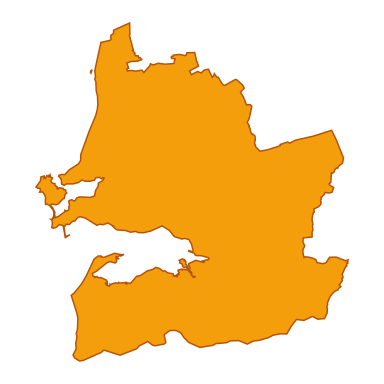 Tralee Lea-7, Kerry, Ireland (Albers equal-area conic projection)
{"feature_id": "5873133B69138340953371", "entity_name": "Tralee Lea-7", "entity_type": "district", "adm_level": 2, "iso_a3": "IRL", "parent_name": "Ireland", "parent_adm1": "Kerry", "projection": "albers", "projection_center": [-9.78, 52.294], "detail": "fine", "context": "isolated", "style": "filled", "palette": "amber", "viewbox_px": 384, "rotation_deg": 0, "n_neighbors": 0, "source": "geoboundaries", "source_scale": "gbopen_adm2", "svg_char_len": 5872}
<svg xmlns="http://www.w3.org/2000/svg" viewBox="0 0 384 384"><path d="M100.9,42.4L94.8,70.5L95.5,77.3L94.7,78.9L95.9,82.1L96.2,90.8L97.5,96.0L97.8,105.0L97.3,109.4L95.7,115.5L88.7,132.5L80.7,154.8L80.7,160.4L78.4,163.9L69.4,169.7L64.9,174.6L61.7,174.4L58.9,175.4L58.6,176.4L60.3,177.9L61.4,180.1L61.6,184.1L64.3,185.4L66.3,183.9L73.1,183.9L78.4,182.5L82.0,180.0L85.4,181.3L89.2,181.3L94.3,180.3L96.0,177.7L99.2,177.3L101.4,178.8L103.1,177.6L104.7,177.9L103.5,178.2L103.7,178.9L102.5,180.7L98.3,183.1L98.2,186.3L95.6,190.4L94.5,195.9L90.5,197.4L79.5,196.9L76.6,198.1L75.4,200.4L74.2,201.1L71.9,199.8L69.6,200.3L68.7,201.2L69.5,205.1L68.9,206.4L68.9,209.2L68.1,210.3L66.6,211.1L64.9,210.3L64.9,211.7L58.3,216.5L53.9,218.0L55.0,216.1L54.6,214.2L54.9,212.4L52.5,207.4L49.9,205.2L52.3,204.1L55.9,204.8L58.3,203.9L62.7,199.1L64.2,198.5L65.2,194.3L66.7,193.0L65.8,191.8L65.6,189.9L63.7,189.7L63.0,188.3L59.0,187.8L58.5,188.8L57.1,188.8L57.3,186.9L55.0,185.3L54.9,183.6L52.4,183.2L50.7,181.0L52.6,178.0L50.5,176.9L50.1,174.9L49.5,176.2L48.5,175.5L48.5,176.6L46.7,175.7L45.4,178.4L44.6,178.4L44.4,177.3L44.1,177.8L44.0,176.0L40.9,177.0L40.5,180.8L36.0,187.0L37.5,188.2L39.8,188.3L40.6,189.9L39.5,192.1L42.8,192.0L44.8,195.1L45.6,197.6L45.3,202.6L46.0,203.8L45.1,204.9L46.5,204.0L49.5,205.4L53.3,210.2L53.9,213.0L53.7,216.2L52.1,219.2L50.9,219.3L52.0,220.1L52.4,223.1L51.8,227.6L53.1,228.3L55.9,227.5L59.5,224.5L63.2,225.7L65.3,237.6L70.0,234.7L66.6,236.4L65.2,235.2L64.0,226.5L65.3,225.9L65.9,224.2L69.3,224.5L72.5,221.3L75.1,220.9L76.8,218.3L79.9,216.6L85.3,218.1L96.9,225.3L99.5,224.2L103.1,224.7L107.9,223.0L112.5,225.6L112.0,225.6L115.7,229.1L117.7,230.0L125.5,230.5L130.6,232.2L135.8,231.4L138.2,232.6L143.6,232.7L150.8,231.0L162.1,225.9L169.3,230.4L174.2,236.5L181.7,239.0L184.9,238.5L188.9,239.5L191.5,244.2L193.1,250.5L192.6,251.8L188.9,250.5L188.7,251.3L194.5,253.3L194.9,254.7L196.4,255.6L201.3,255.7L208.7,257.8L208.8,259.4L202.6,260.9L204.2,262.0L203.4,262.5L195.8,260.3L188.7,263.6L188.9,265.8L190.1,267.8L189.3,270.4L191.7,272.5L191.5,274.7L193.1,276.4L195.0,276.5L194.7,277.1L193.4,277.4L191.3,274.9L190.8,272.9L188.8,271.6L187.9,267.5L187.0,268.3L187.0,269.9L182.8,269.1L182.4,270.0L181.3,269.2L178.0,270.2L178.0,271.1L179.2,272.6L176.2,275.4L178.1,275.0L176.7,276.3L177.6,275.8L177.2,276.7L177.7,277.0L176.1,276.5L175.7,275.6L175.0,276.2L173.8,276.0L174.5,275.6L173.8,275.6L173.0,273.7L167.8,272.9L164.7,270.7L163.1,271.3L159.7,268.5L155.8,267.4L152.3,269.6L147.4,270.8L140.3,275.6L136.6,276.3L130.5,283.4L127.0,282.9L126.8,284.1L125.5,283.6L126.0,282.4L119.8,283.1L118.6,282.4L117.6,283.3L115.8,282.8L111.3,284.1L110.2,285.1L109.9,284.5L109.5,286.0L108.7,286.2L107.2,284.9L105.9,285.5L107.2,284.0L106.6,283.9L104.8,282.9L107.3,283.6L107.3,281.5L106.0,279.9L101.3,277.7L97.8,277.5L97.1,276.6L94.7,277.3L95.0,276.6L92.8,275.9L92.5,273.4L96.7,271.1L106.9,262.8L109.9,261.6L115.2,263.0L116.7,261.6L116.2,258.5L119.3,259.0L116.2,257.6L115.9,256.5L118.2,256.6L119.9,255.4L120.9,256.1L124.0,254.4L121.3,254.7L114.6,253.3L103.8,257.4L100.6,256.9L101.7,256.5L101.2,256.0L98.2,256.0L94.1,259.1L86.1,276.2L81.3,284.3L74.0,293.2L71.2,295.3L76.7,312.6L77.9,317.9L77.4,329.6L76.2,333.4L76.9,337.2L75.8,342.9L76.1,348.9L73.0,355.1L74.8,358.1L79.5,361.0L83.0,360.5L101.1,352.5L104.0,350.1L120.1,355.2L136.6,348.8L139.1,345.9L147.8,341.5L152.2,344.9L154.9,345.8L164.2,344.0L165.8,342.7L164.2,334.7L169.7,330.6L175.6,330.4L178.5,331.6L181.2,333.4L183.8,337.4L188.7,342.4L199.9,347.4L213.0,345.3L215.9,343.6L226.3,342.7L230.7,340.8L238.8,340.6L247.3,344.1L253.5,341.0L259.0,340.4L268.5,337.6L272.9,335.3L280.0,333.8L286.7,334.0L291.7,325.6L296.5,319.5L304.0,320.4L312.4,316.4L317.7,319.2L324.5,318.6L327.1,313.1L327.4,308.2L326.7,306.9L327.6,304.8L327.5,302.8L330.2,296.3L334.2,291.7L338.1,289.7L338.7,288.3L340.9,286.7L339.0,284.5L340.0,284.1L342.4,280.5L341.8,278.6L343.1,277.6L342.2,274.2L346.0,266.0L346.7,266.1L346.8,263.2L347.7,263.3L348.0,259.8L345.7,260.8L336.1,257.1L329.6,257.3L326.0,262.7L322.9,263.7L317.1,262.6L316.1,260.0L313.7,258.5L308.4,257.1L305.2,256.8L304.0,257.6L302.9,252.4L303.0,249.5L304.7,245.9L302.9,241.8L303.3,237.9L312.1,237.0L312.1,232.0L312.8,230.4L312.5,225.1L312.9,224.4L312.0,219.5L312.6,215.2L313.6,212.3L314.2,212.2L313.8,209.1L318.4,206.8L320.6,204.7L321.2,202.3L320.5,200.6L321.3,198.9L321.1,197.6L324.3,194.4L325.2,192.5L329.0,193.0L332.0,192.3L333.7,187.5L329.8,185.2L329.0,183.9L330.8,182.4L331.4,172.8L332.3,173.4L334.3,171.7L334.5,170.2L336.5,167.9L337.6,168.3L338.6,166.1L342.5,163.2L343.5,158.1L336.4,140.1L331.6,130.3L313.5,136.1L295.0,140.3L289.8,143.2L287.7,142.0L280.1,144.5L280.3,145.6L277.9,146.5L267.5,149.8L259.9,151.2L255.9,147.0L254.5,142.9L255.3,140.0L255.0,136.0L252.8,134.0L251.7,134.1L250.0,129.9L250.2,128.6L249.0,126.8L249.4,125.9L247.2,122.4L249.2,118.5L251.8,106.4L250.2,104.6L246.5,104.9L243.4,97.0L240.5,92.2L244.2,88.2L242.8,85.2L236.8,79.8L235.3,79.5L224.5,85.5L222.7,84.6L218.2,77.3L217.0,77.4L214.3,73.7L213.9,75.5L212.3,77.4L208.4,69.2L204.5,69.9L201.1,72.9L197.6,71.5L191.3,74.7L189.5,70.9L198.5,66.2L196.3,59.7L194.7,52.5L186.8,52.8L186.1,55.2L184.5,55.6L179.9,54.4L173.4,55.1L173.2,56.2L171.5,56.4L171.2,57.6L171.8,58.5L175.0,58.7L173.9,63.4L172.9,63.6L165.1,64.2L158.1,63.3L153.5,64.9L150.4,63.8L150.0,65.4L143.8,72.6L141.9,70.1L135.7,71.2L131.5,70.4L127.3,70.9L126.9,68.7L128.7,68.1L126.8,63.1L130.9,61.5L137.5,61.2L141.7,59.6L140.0,57.6L138.7,57.7L138.3,55.9L135.4,55.7L134.5,53.6L135.0,53.1L132.5,50.5L133.4,50.3L129.4,35.3L129.9,34.6L129.6,23.0L113.6,30.2L113.5,33.5L110.9,35.3L110.9,39.6L110.1,40.3L100.9,42.4ZM185.0,267.5L187.4,266.6L186.7,264.7L185.6,264.2L185.9,261.8L185.3,260.5L184.4,260.8L184.3,259.6L182.6,258.9L179.2,260.3L180.0,261.3L179.6,262.8L182.2,264.1L183.0,266.9L185.0,267.5ZM92.1,69.7L90.8,70.9L90.5,72.5L90.9,73.1L92.1,69.7Z" fill="#f59e0b" stroke="#b45309" stroke-width="1.5"/></svg>